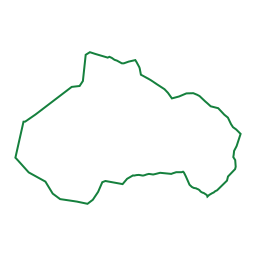 Ede South, Osun, Nigeria
{"feature_id": "59680162B73824932270854", "entity_name": "Ede South", "entity_type": "district", "adm_level": 2, "iso_a3": "NGA", "parent_name": "Nigeria", "parent_adm1": "Osun", "projection": "orthographic", "projection_center": [4.463, 7.663], "detail": "fine", "context": "isolated", "style": "outline", "palette": "green", "viewbox_px": 256, "rotation_deg": 0, "n_neighbors": 0, "source": "geoboundaries", "source_scale": "gbopen_adm2", "svg_char_len": 1384}
<svg xmlns="http://www.w3.org/2000/svg" viewBox="0 0 256 256"><path d="M207.4,196.6L209.1,195.0L212.3,193.1L213.7,192.5L215.2,191.2L217.1,190.3L227.0,180.6L228.0,176.5L235.1,169.1L235.7,166.7L235.2,160.1L233.3,157.1L233.7,154.6L234.1,150.9L236.6,146.1L240.6,133.9L236.1,129.4L233.0,127.2L231.0,124.1L227.9,117.6L224.3,114.7L218.2,108.2L210.7,106.3L207.4,103.3L205.2,101.4L199.6,96.1L197.2,94.8L193.3,93.2L186.5,93.4L186.4,93.4L179.0,96.5L171.9,98.4L168.0,92.9L164.5,89.2L156.5,84.0L151.3,80.5L149.5,79.4L140.9,74.7L139.7,68.4L139.3,67.2L136.6,62.2L135.3,60.1L128.7,61.6L123.9,63.3L121.8,63.3L116.9,60.6L114.5,59.8L111.8,57.9L109.4,56.8L107.7,57.6L95.5,54.0L89.9,52.2L85.7,54.8L82.9,81.0L79.6,86.0L71.7,86.9L35.5,114.5L25.2,121.6L23.5,121.7L15.4,157.7L16.2,158.5L28.7,172.4L45.4,181.6L52.7,193.6L60.1,199.1L72.3,200.9L76.9,201.6L87.5,203.8L92.8,199.8L98.1,191.9L102.3,182.2L105.4,181.0L122.6,184.1L127.1,178.8L133.0,175.4L134.0,175.6L136.5,175.1L138.9,174.9L142.2,175.5L143.3,175.5L144.6,175.2L146.5,174.5L148.9,173.9L153.1,174.5L155.0,174.1L160.1,172.8L171.3,173.9L172.5,173.4L176.2,172.2L181.6,172.2L183.0,171.7L183.9,172.5L185.8,176.3L187.8,180.8L189.5,184.7L191.8,186.9L193.7,187.9L196.3,188.4L197.1,188.9L198.2,189.3L199.4,190.1L200.6,191.5L201.3,192.0L202.6,192.7L203.6,192.9L204.2,193.3L206.3,194.7L207.0,195.3L207.4,196.6Z" fill="none" stroke="#15803d" stroke-width="2"/></svg>